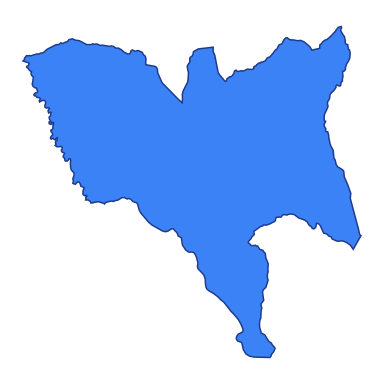 Nova Lacerda, Mato Grosso, Brazil
{"feature_id": "56859067B39265464568289", "entity_name": "Nova Lacerda", "entity_type": "district", "adm_level": 2, "iso_a3": "BRA", "parent_name": "Brazil", "parent_adm1": "Mato Grosso", "projection": "natural_earth1", "projection_center": [-59.772, -14.4], "detail": "fine", "context": "isolated", "style": "filled", "palette": "blue", "viewbox_px": 384, "rotation_deg": 0, "n_neighbors": 0, "source": "geoboundaries", "source_scale": "gbopen_adm2", "svg_char_len": 5776}
<svg xmlns="http://www.w3.org/2000/svg" viewBox="0 0 384 384"><path d="M341.3,26.5L338.2,27.3L335.0,31.7L330.6,36.4L326.8,39.6L325.0,40.1L322.7,41.8L321.7,43.4L319.8,45.0L319.7,48.3L311.9,50.1L309.8,46.6L303.9,41.7L300.6,40.4L297.3,40.7L292.9,39.8L291.6,40.0L289.5,39.5L287.3,37.8L285.9,37.8L283.9,39.8L281.9,43.8L279.3,44.8L278.4,45.9L277.1,48.8L275.0,50.4L273.2,53.1L269.8,57.0L268.2,57.4L266.8,58.4L265.5,60.7L262.4,62.1L261.2,62.1L260.1,62.9L258.9,63.0L256.5,64.9L255.9,66.0L254.4,66.3L253.7,67.2L253.7,68.8L251.3,69.5L247.3,69.1L242.9,71.3L241.8,70.6L238.3,71.4L236.9,71.4L236.3,70.2L235.0,70.5L234.2,71.7L233.8,73.6L232.0,75.9L230.9,76.8L229.8,76.7L227.7,78.2L226.8,79.0L226.6,80.4L225.6,81.4L224.7,80.9L219.4,74.6L218.1,72.2L214.8,55.3L213.1,51.4L213.2,47.2L198.4,48.9L193.5,51.6L192.9,54.7L192.2,55.9L190.2,57.4L189.7,58.5L189.8,62.0L187.3,65.9L187.3,67.7L188.5,72.8L187.9,80.6L187.6,82.1L183.1,91.1L182.6,93.3L182.3,94.7L182.5,97.9L182.2,102.8L178.9,99.9L162.1,82.8L157.7,72.8L157.4,69.6L156.6,67.3L155.0,66.4L145.8,64.7L145.7,61.5L146.0,60.1L145.8,57.9L145.1,56.0L143.5,54.8L142.2,52.3L138.5,50.6L137.1,50.6L135.9,51.2L134.5,51.0L132.3,49.9L130.9,50.8L130.6,52.6L129.2,54.0L127.7,53.9L124.2,52.3L121.5,49.8L119.5,48.7L118.3,48.1L116.8,48.2L114.8,47.6L113.8,46.5L111.2,45.9L109.8,46.4L101.9,45.1L100.0,45.5L97.6,44.1L95.6,44.0L93.9,44.4L93.1,43.8L90.8,44.6L86.8,44.6L79.3,40.7L75.3,40.1L72.4,38.8L68.9,39.7L67.5,41.5L64.3,42.6L63.2,43.5L60.6,42.9L59.0,44.6L56.3,44.6L48.5,48.5L46.6,49.7L43.7,52.4L42.4,53.0L41.1,53.0L38.7,54.0L36.6,54.0L31.2,55.7L26.5,55.7L24.5,58.2L24.3,59.8L23.0,61.0L28.4,62.8L29.2,63.6L28.2,65.9L27.1,66.1L26.6,67.2L27.9,68.1L29.5,70.4L31.5,71.8L31.0,73.2L31.5,75.3L33.3,76.9L32.9,81.0L32.2,83.9L32.5,85.2L33.1,86.4L34.8,87.7L36.5,88.1L37.7,91.6L36.9,92.6L35.5,92.8L33.8,94.5L34.3,95.7L36.0,96.0L37.0,97.5L39.5,97.7L40.4,98.7L39.2,100.7L39.6,102.0L41.9,100.6L44.4,100.4L45.4,101.3L45.7,103.0L44.8,105.4L45.1,107.4L46.6,108.1L48.4,107.6L49.5,108.4L48.2,110.2L48.1,111.4L48.7,113.0L50.1,112.2L51.1,112.5L50.3,116.0L49.1,117.2L49.4,119.1L51.0,121.6L49.1,121.9L49.2,123.7L50.7,124.4L51.9,123.9L51.8,122.7L53.5,122.5L53.5,124.0L52.9,125.7L52.9,128.7L52.1,129.6L50.8,130.3L51.0,131.6L52.3,133.0L52.7,134.7L51.0,136.5L50.4,138.1L51.1,139.1L53.1,138.3L54.1,139.4L55.0,139.8L56.5,138.0L57.5,137.7L56.9,140.5L55.8,141.1L55.4,142.8L56.1,144.2L55.1,145.5L57.0,146.8L59.2,146.8L60.3,146.3L62.2,147.3L62.2,149.0L61.3,149.9L61.6,151.6L62.5,152.4L63.9,152.5L64.4,153.6L63.2,156.1L63.3,157.3L64.7,158.3L64.7,159.9L65.2,160.9L67.1,161.2L68.3,160.1L69.2,158.6L70.3,158.9L70.7,160.5L70.3,163.3L70.7,167.8L71.4,170.2L74.0,172.9L74.1,175.0L72.8,178.9L73.4,180.9L72.8,183.2L73.8,183.9L75.6,184.2L76.4,183.0L78.1,181.9L79.2,182.2L80.0,183.3L80.9,186.3L83.6,187.4L84.3,188.3L83.5,189.3L83.1,190.6L82.9,194.1L83.8,195.3L84.8,195.7L86.0,195.3L87.0,196.1L85.7,197.3L85.9,198.6L85.6,200.0L88.0,200.0L90.4,201.5L90.8,203.0L93.1,202.9L94.2,202.2L95.3,202.3L98.5,201.7L103.6,203.3L104.6,204.0L105.3,202.6L109.9,201.3L111.9,201.0L113.2,201.5L116.2,200.3L117.7,200.2L122.1,197.6L124.5,197.6L127.2,199.0L128.6,198.5L130.6,199.1L132.8,201.5L136.5,202.8L137.5,203.8L139.2,210.1L140.9,213.1L148.4,222.0L152.2,225.2L162.5,231.0L165.1,231.7L167.7,231.3L171.8,228.7L173.4,228.9L175.5,231.4L176.9,232.5L178.2,236.0L181.3,237.7L182.4,244.9L185.5,249.8L188.1,251.8L189.4,252.2L192.1,252.0L193.4,252.4L194.4,253.2L195.1,254.3L196.4,257.1L197.9,262.9L197.4,266.9L198.1,268.8L203.5,274.6L204.2,275.8L205.2,279.1L205.5,284.4L206.1,287.6L207.1,289.3L208.5,290.5L213.8,293.7L217.4,296.4L220.7,299.7L224.0,302.3L231.1,311.5L233.6,313.9L238.5,319.8L240.8,323.9L242.9,328.9L243.1,330.5L242.6,331.7L241.5,332.6L238.2,334.2L237.4,335.2L236.5,336.8L236.3,338.3L236.7,339.8L237.9,341.2L241.0,342.2L241.9,343.2L243.3,349.6L246.0,354.0L249.4,356.1L254.3,357.1L269.9,357.5L271.0,356.2L271.5,354.4L273.7,351.6L275.1,348.4L274.2,346.9L272.3,344.9L271.4,343.2L268.7,341.2L264.8,335.0L261.1,332.9L260.9,331.3L259.8,328.1L259.6,326.4L259.5,322.9L259.9,320.4L260.8,318.1L261.1,311.0L261.8,308.0L261.0,305.2L261.2,303.6L263.7,300.4L262.5,291.8L263.4,289.7L265.9,287.3L268.1,280.1L267.4,277.7L267.3,275.0L268.1,271.5L267.9,269.1L268.2,263.7L265.8,257.8L265.3,253.6L264.6,252.4L263.6,251.8L263.0,250.4L259.8,249.4L257.6,246.0L256.5,246.0L255.5,245.3L251.5,245.7L250.4,244.9L249.6,243.6L248.4,243.0L248.4,241.6L251.2,238.4L251.8,237.0L254.3,234.5L253.8,231.4L260.6,226.5L262.8,225.9L263.6,224.9L266.1,225.2L269.5,224.1L274.4,221.5L275.4,220.8L275.5,219.2L276.3,217.3L281.3,217.0L282.3,215.3L284.0,214.5L286.8,215.1L288.9,214.2L291.3,214.0L294.3,214.6L298.6,217.9L305.0,220.2L305.9,221.1L306.9,221.5L309.2,225.3L311.4,226.8L312.3,228.5L313.8,228.9L315.5,227.7L316.0,226.5L316.1,224.9L316.7,223.3L318.5,223.7L320.1,225.3L323.7,233.2L326.9,234.0L328.6,235.9L331.3,237.1L332.2,239.0L336.4,240.9L338.0,241.3L342.2,240.8L346.3,242.3L350.4,245.2L353.2,249.3L361.0,235.6L359.9,234.8L359.3,233.2L358.7,230.0L350.7,200.0L350.3,198.1L350.8,193.4L347.6,184.4L344.3,177.0L343.7,171.1L342.7,169.9L337.7,166.8L336.2,164.6L335.2,160.2L333.9,157.7L333.2,150.3L331.0,146.3L330.0,143.6L328.7,136.8L328.6,134.4L328.0,133.3L327.8,131.8L326.1,131.5L325.4,130.1L325.9,128.7L324.5,126.7L324.1,124.7L325.6,121.3L324.4,120.8L324.2,119.5L324.3,114.9L327.7,107.5L328.0,105.8L327.4,103.5L327.8,101.5L329.5,98.8L330.0,95.0L330.6,93.6L334.0,90.4L336.0,87.4L335.9,86.1L336.8,85.0L339.3,86.1L340.4,85.8L340.9,84.5L340.9,82.7L342.4,81.1L342.4,79.2L343.0,76.1L342.6,73.0L342.8,71.4L344.6,70.9L345.5,69.1L345.5,67.5L346.7,63.7L348.6,60.9L349.8,58.0L350.2,53.1L349.5,50.0L348.4,49.1L347.7,44.6L345.9,44.0L345.1,42.5L345.3,41.0L344.4,36.4L343.2,35.1L340.7,30.6L340.9,29.2L341.6,27.8L341.3,26.5Z" fill="#3b82f6" stroke="#1e3a8a" stroke-width="1.5"/></svg>